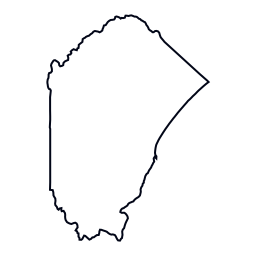 Aracruz, Espírito Santo, Brazil
{"feature_id": "56859067B44994056013366", "entity_name": "Aracruz", "entity_type": "district", "adm_level": 2, "iso_a3": "BRA", "parent_name": "Brazil", "parent_adm1": "Espírito Santo", "projection": "equal_earth", "projection_center": [-40.187, -19.781], "detail": "fine", "context": "isolated", "style": "outline", "palette": "ink", "viewbox_px": 256, "rotation_deg": 0, "n_neighbors": 0, "source": "geoboundaries", "source_scale": "gbopen_adm2", "svg_char_len": 3641}
<svg xmlns="http://www.w3.org/2000/svg" viewBox="0 0 256 256"><path d="M208.6,82.0L207.1,80.5L199.9,74.2L164.5,41.9L163.3,40.4L162.2,39.1L160.7,37.3L160.0,35.5L159.6,34.1L159.2,32.7L157.9,31.3L156.3,30.9L155.0,31.1L153.6,32.2L152.5,32.2L151.5,31.2L150.1,30.4L148.8,29.2L148.2,27.6L147.5,26.3L146.4,25.0L145.8,23.5L145.0,22.2L143.6,21.6L142.4,20.7L141.4,20.4L140.3,19.2L138.9,18.7L137.8,17.7L136.8,16.9L135.7,16.6L134.5,16.6L133.1,16.0L131.5,15.4L130.2,15.5L128.6,16.0L126.9,15.7L125.5,15.7L124.8,17.7L123.2,18.1L121.6,17.9L120.7,18.6L119.6,17.6L118.0,16.9L116.5,16.5L115.3,16.9L114.9,18.5L114.1,19.5L112.6,19.8L110.6,20.0L109.1,20.9L107.8,22.0L106.7,23.6L105.7,25.1L103.9,25.5L103.3,27.6L102.6,29.1L102.3,30.5L101.1,31.5L99.6,32.3L98.1,31.6L96.4,31.3L94.9,31.0L93.4,31.7L92.2,33.2L90.6,34.2L89.0,35.7L87.3,36.2L85.9,36.9L85.1,37.7L84.0,38.2L82.7,39.1L82.4,41.9L81.3,42.8L80.1,43.7L78.8,44.8L78.7,46.5L78.5,48.0L77.4,48.4L76.8,50.2L74.9,49.7L73.6,49.2L71.8,50.4L70.7,51.6L71.4,53.0L70.5,54.4L69.0,54.7L67.7,55.6L68.3,57.9L68.1,60.0L66.4,60.7L64.8,61.5L63.5,62.9L63.2,65.2L61.9,65.9L60.2,66.3L59.3,65.3L58.9,63.0L57.8,61.9L56.5,61.1L55.1,60.2L54.0,60.3L53.2,61.0L52.4,62.3L51.5,63.7L51.0,65.5L51.5,67.3L51.9,69.1L51.9,71.3L50.7,72.7L49.2,73.0L48.6,74.6L48.6,76.4L48.4,78.1L47.7,79.5L47.4,81.6L47.4,83.0L47.7,84.7L47.9,86.3L48.3,87.8L49.1,89.0L50.2,89.3L50.8,90.6L50.1,97.1L50.1,99.5L50.1,103.1L50.1,110.2L50.2,116.1L50.2,119.9L49.8,127.4L50.2,128.9L50.2,138.9L50.2,144.9L50.2,147.5L50.2,149.5L50.2,154.1L50.2,163.1L50.2,167.8L50.2,170.0L50.2,173.4L50.2,178.6L50.2,182.4L50.0,189.8L51.4,190.0L52.7,190.1L53.3,192.2L53.4,193.7L53.5,195.5L54.4,197.1L55.3,198.5L55.5,200.8L55.3,202.2L55.1,203.5L55.4,205.2L56.8,206.8L57.6,209.0L58.6,209.7L59.6,208.5L61.4,208.1L61.3,210.0L61.7,211.2L63.6,210.9L65.0,213.2L65.2,215.0L65.1,216.8L65.3,218.6L65.7,220.1L67.0,222.1L68.5,223.0L69.9,223.6L71.4,224.0L72.4,223.6L73.9,223.0L75.3,222.7L76.6,223.5L77.4,225.2L77.6,227.5L76.8,228.5L75.6,230.5L77.1,231.4L77.5,233.1L78.5,233.4L78.5,234.9L78.5,236.7L79.4,237.9L79.5,239.7L81.3,239.8L82.3,239.0L83.2,237.3L84.1,235.6L85.3,235.9L87.5,237.9L89.4,239.6L91.0,238.9L92.4,237.4L93.8,237.3L95.1,236.3L96.8,235.1L98.7,235.0L99.3,232.9L99.4,231.4L100.0,229.7L101.4,229.8L103.3,230.5L105.5,231.2L106.9,231.8L108.1,232.9L109.4,233.8L110.4,234.3L111.5,234.6L112.8,234.4L114.8,235.0L115.7,236.2L116.5,237.9L117.3,239.4L118.1,240.4L120.0,240.6L121.1,238.7L122.0,238.0L122.2,236.5L122.5,234.9L122.3,232.8L122.2,231.4L122.8,229.6L124.1,228.1L124.8,225.5L125.5,223.4L126.3,221.6L127.3,219.6L127.9,218.3L127.5,216.4L126.4,214.6L125.3,213.4L124.1,212.7L122.8,212.8L121.6,212.8L120.3,212.0L120.7,210.4L121.6,209.1L122.5,208.4L123.6,208.2L124.5,207.4L126.0,206.5L127.4,205.5L128.1,204.1L129.3,203.0L130.8,202.4L132.2,201.8L133.4,201.4L134.2,200.2L135.5,198.9L137.0,197.9L138.5,197.0L139.9,195.5L140.4,193.7L140.8,191.8L140.6,189.3L141.3,187.3L142.4,185.7L142.8,183.6L143.8,182.7L143.8,181.1L144.4,179.8L144.8,178.1L145.3,176.2L146.0,174.9L146.7,173.8L147.8,173.2L148.4,171.8L149.1,170.3L150.1,168.9L151.1,167.5L151.8,165.7L152.5,164.6L153.2,163.0L154.2,161.6L153.9,160.2L153.7,158.4L154.7,156.8L156.3,158.4L156.4,156.3L155.4,155.0L155.0,152.9L155.2,150.6L155.6,147.7L156.2,145.0L156.8,143.6L157.7,141.8L158.3,140.5L159.7,138.0L161.2,135.6L162.9,132.9L165.4,129.1L167.2,126.6L168.2,125.2L169.1,123.9L170.8,121.7L173.4,118.3L174.5,117.0L177.7,112.9L180.4,109.7L184.4,105.1L186.7,102.5L188.0,100.9L189.0,100.0L190.0,99.1L191.2,97.9L192.9,96.1L193.9,95.2L195.5,93.7L197.2,91.9L198.5,90.6L201.4,88.0L203.3,86.3L206.0,84.0L208.6,82.0Z" fill="none" stroke="#020617" stroke-width="2"/></svg>